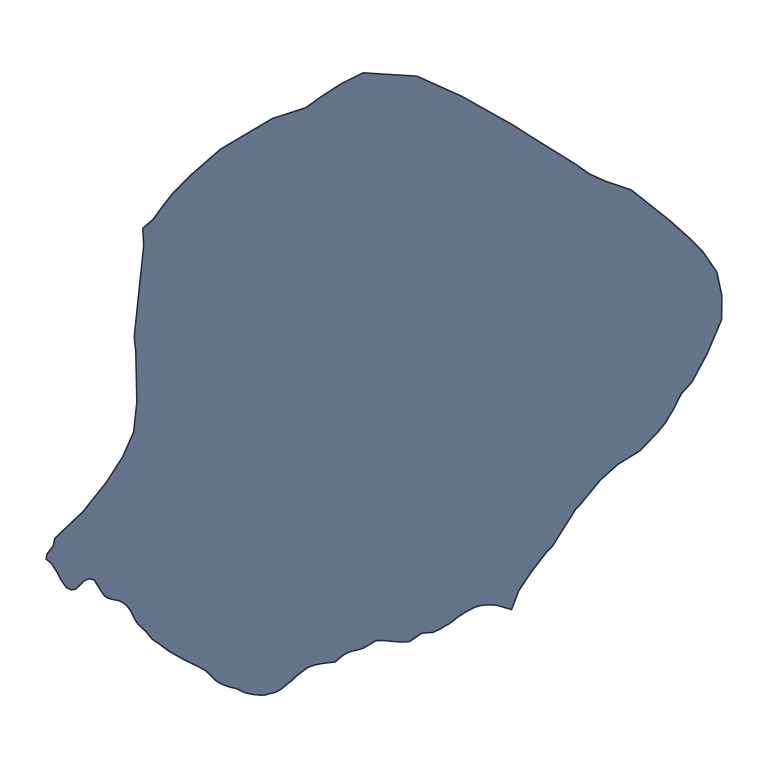 the district of Esquipulas Palo Gordo, San Marcos, Guatemala
{"feature_id": "79465075B77634541568433", "entity_name": "Esquipulas Palo Gordo", "entity_type": "district", "adm_level": 2, "iso_a3": "GTM", "parent_name": "Guatemala", "parent_adm1": "San Marcos", "projection": "mercator", "projection_center": [-91.852, 14.925], "detail": "fine", "context": "isolated", "style": "filled", "palette": "slate", "viewbox_px": 768, "rotation_deg": 0, "n_neighbors": 0, "source": "geoboundaries", "source_scale": "gbopen_adm2", "svg_char_len": 1812}
<svg xmlns="http://www.w3.org/2000/svg" viewBox="0 0 768 768"><path d="M511.6,609.6L518.8,590.7L531.7,571.4L547.1,551.5L552.5,546.1L575.7,509.2L579.6,505.3L600.5,479.9L617.8,464.4L639.9,450.8L658.2,431.7L665.6,422.6L674.2,407.9L681.4,393.6L692.0,382.0L707.0,354.1L721.6,319.7L721.9,295.7L716.9,272.2L702.9,251.7L690.0,238.6L669.1,220.0L631.1,189.9L604.9,181.0L589.2,173.8L575.6,164.2L544.9,145.2L529.3,135.5L520.8,130.0L509.7,123.1L498.0,116.7L461.6,96.2L430.8,82.4L417.2,76.2L363.2,72.8L341.7,83.4L321.4,96.5L305.7,107.7L272.4,118.5L220.6,149.1L190.9,175.0L172.5,193.6L161.6,207.6L153.0,219.5L142.8,228.3L143.7,245.7L134.2,336.8L135.8,352.0L136.8,402.2L133.6,432.0L122.8,456.6L106.5,482.0L83.1,511.5L54.7,538.5L53.3,545.8L47.0,554.0L46.1,559.1L51.4,563.5L56.5,571.3L59.9,577.8L62.2,581.7L66.4,587.7L71.5,589.9L75.4,589.3L79.5,585.6L83.8,581.1L88.6,578.8L93.9,579.6L96.6,583.9L99.0,587.6L101.2,591.3L104.2,595.6L107.5,598.0L112.0,599.3L118.9,600.7L122.5,602.3L126.8,605.7L130.7,610.9L132.5,614.6L135.1,619.8L137.8,623.9L142.3,628.3L146.5,632.1L152.0,639.0L158.6,643.5L169.4,651.5L184.4,659.9L198.2,666.6L205.7,670.7L211.1,675.9L215.8,680.7L221.9,684.2L228.7,686.8L236.7,688.7L244.4,692.6L252.7,694.5L260.7,695.2L264.7,695.1L268.9,693.9L274.5,692.6L278.3,690.9L281.8,688.7L287.8,683.6L291.8,680.6L295.9,676.5L302.2,671.6L308.3,667.2L314.4,665.1L322.6,663.4L335.1,662.0L338.8,658.8L343.4,655.1L348.4,652.2L353.9,650.7L359.7,649.4L364.1,647.8L370.8,643.7L375.8,640.7L384.2,640.5L389.4,641.1L399.8,642.0L403.8,642.0L409.5,641.6L417.3,636.2L421.8,633.2L427.2,632.8L432.9,632.4L440.4,629.0L444.0,626.6L449.5,623.6L453.7,620.4L457.8,617.1L462.5,614.0L465.9,611.9L474.2,607.5L479.5,605.8L483.4,605.1L489.4,604.9L497.0,605.3L500.8,606.4L505.7,607.9L511.6,609.6Z" fill="#64748b" stroke="#1e293b" stroke-width="1.5"/></svg>